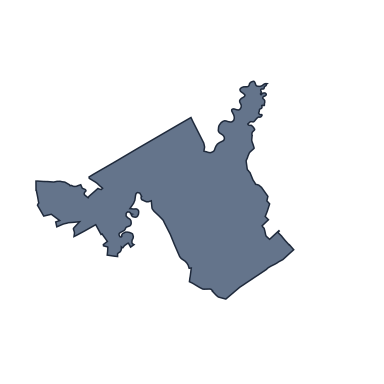 Chichis, Covasna, Romania, rotated 139°
{"feature_id": "2599482B66417374459727", "entity_name": "Chichis", "entity_type": "district", "adm_level": 2, "iso_a3": "ROU", "parent_name": "Romania", "parent_adm1": "Covasna", "projection": "orthographic", "projection_center": [25.8, 45.769], "detail": "fine", "context": "isolated", "style": "filled", "palette": "slate", "viewbox_px": 384, "rotation_deg": 139, "n_neighbors": 0, "source": "geoboundaries", "source_scale": "gbopen_adm2", "svg_char_len": 5999}
<svg xmlns="http://www.w3.org/2000/svg" viewBox="0 0 384 384"><g transform="rotate(139 192 192)"><path d="M317.3,283.4L319.7,271.1L312.8,267.5L310.6,257.3L314.5,258.8L316.9,254.4L310.3,252.3L309.0,251.7L307.0,250.6L305.4,249.9L301.7,247.1L296.3,243.3L304.2,242.5L305.3,242.3L305.8,241.8L306.8,239.5L307.2,238.7L308.0,237.8L310.3,235.8L307.3,235.0L298.4,233.0L286.1,230.5L288.5,219.6L287.4,219.4L288.3,210.2L293.4,210.5L294.1,209.4L291.8,206.0L291.7,205.6L294.8,202.4L297.4,200.0L292.7,194.5L290.5,192.1L288.7,194.2L287.7,194.3L285.6,194.0L284.1,194.4L282.8,195.2L281.4,196.8L281.3,195.7L280.8,195.3L278.2,195.8L275.3,195.6L273.7,195.3L273.7,194.4L274.5,190.7L270.3,190.3L270.7,191.4L270.9,192.3L270.6,193.0L270.2,193.7L268.6,195.1L267.1,195.6L266.2,196.2L265.4,197.0L264.6,198.9L264.4,199.5L264.9,200.9L265.8,202.6L267.1,204.2L268.4,205.3L270.3,205.8L271.6,206.0L272.6,205.9L273.6,205.3L274.2,204.5L274.8,204.5L275.5,205.0L275.7,205.7L275.5,206.6L275.2,207.4L274.8,208.0L274.2,208.4L273.5,208.5L272.1,208.3L268.7,207.5L267.8,207.5L266.8,207.8L265.5,208.4L264.8,208.5L264.0,208.3L261.1,207.2L260.1,207.3L259.1,207.7L258.3,208.4L257.3,209.8L257.0,210.3L256.8,211.0L256.7,212.4L257.4,214.6L257.5,216.7L257.4,217.2L255.8,219.0L255.1,219.2L253.8,219.3L252.4,217.9L252.2,217.1L252.2,216.1L252.6,215.9L251.9,214.8L252.3,215.0L252.5,214.9L253.1,213.8L253.1,213.5L252.9,212.2L251.9,210.8L251.0,209.9L250.0,209.5L248.7,209.6L246.9,210.4L245.2,212.0L244.5,213.3L244.7,214.9L245.2,215.9L247.4,217.6L247.9,218.2L249.8,220.2L243.5,221.8L240.5,223.3L236.7,226.6L235.2,227.5L234.0,227.5L233.4,227.3L232.1,225.4L232.9,221.7L233.7,221.7L234.7,220.3L234.9,219.4L234.8,218.5L234.4,218.1L233.8,216.5L232.8,214.5L231.4,213.3L229.8,212.6L228.5,212.1L232.4,206.6L232.9,205.8L233.1,205.0L233.3,202.4L232.6,195.7L232.3,190.3L232.3,189.7L232.5,188.7L233.0,187.1L236.2,174.2L239.7,164.0L243.7,151.3L243.8,148.8L242.6,144.4L242.5,141.8L242.9,139.3L244.2,136.3L242.4,135.1L248.6,129.6L249.2,129.1L250.0,128.5L252.8,126.0L251.5,123.0L249.0,115.3L247.7,112.0L247.5,111.6L246.6,110.7L242.1,107.0L241.4,105.9L241.3,103.9L241.7,103.9L241.5,98.7L241.2,96.2L240.8,95.1L236.7,89.0L218.4,88.8L186.3,84.7L185.5,84.9L183.9,84.8L181.2,84.3L176.6,83.1L174.1,82.6L172.6,82.5L167.9,81.4L166.3,81.4L159.8,81.6L153.1,81.7L153.1,88.3L153.4,88.3L153.5,94.3L153.4,99.0L153.3,99.8L153.7,105.2L151.8,105.3L151.8,105.8L164.5,105.4L165.0,110.0L164.6,111.2L162.7,114.6L161.4,117.3L161.5,119.4L161.2,120.5L152.5,120.9L152.8,125.5L147.8,128.1L141.2,132.1L141.3,136.2L137.6,138.9L136.5,149.9L137.1,153.4L138.4,155.5L138.9,155.9L138.9,156.2L138.9,156.7L138.6,157.2L138.1,161.0L135.5,168.6L135.6,170.2L135.4,171.1L135.6,172.3L135.2,173.2L131.0,179.6L130.5,180.2L128.0,181.3L126.2,182.4L123.1,183.9L122.0,184.1L116.6,184.2L116.3,184.4L114.9,187.4L113.8,190.3L113.0,191.9L110.1,194.7L109.8,195.0L109.6,195.0L109.2,195.8L108.7,196.6L107.6,197.4L107.1,197.6L104.3,197.8L104.0,197.9L103.6,198.2L103.5,198.4L103.5,199.4L103.3,199.6L103.2,200.5L103.3,201.9L103.4,202.8L103.4,203.0L103.6,203.6L104.6,204.3L105.2,205.0L105.5,206.1L105.3,206.7L104.9,206.8L104.0,206.7L102.5,206.8L101.6,206.6L100.9,206.0L99.9,204.8L99.1,204.5L97.9,204.6L94.9,205.1L93.4,205.1L92.4,204.8L92.0,204.2L91.5,203.8L90.4,203.5L89.1,203.8L88.9,203.9L88.6,204.3L88.6,204.6L88.9,205.0L89.8,205.6L90.0,206.1L90.1,207.1L90.0,207.8L89.5,208.2L89.1,208.3L88.3,208.8L87.2,209.8L86.6,210.0L86.0,210.0L84.8,209.6L84.4,209.6L83.8,209.9L83.3,210.3L82.9,211.2L82.7,211.5L82.1,211.4L81.9,211.2L81.0,210.0L80.7,209.9L80.4,210.0L79.5,211.1L78.3,211.9L77.2,213.2L77.0,214.2L77.2,216.2L77.0,216.6L76.7,216.8L76.1,217.0L75.4,217.1L74.0,216.6L72.7,216.5L72.2,216.7L71.8,217.1L71.7,217.4L71.7,218.0L71.9,218.8L72.5,219.4L74.1,220.4L75.6,220.0L75.9,220.0L76.2,220.4L76.1,220.8L76.0,221.1L74.4,221.8L73.9,222.3L73.6,223.5L73.3,223.8L72.8,224.2L72.4,224.2L71.8,224.0L71.3,223.5L70.3,222.8L69.6,223.0L68.9,223.4L68.6,223.8L67.5,223.9L66.6,223.7L65.8,223.9L65.5,224.1L65.4,224.3L65.0,224.5L64.3,224.5L65.0,225.2L65.5,225.6L66.6,226.1L69.5,226.3L70.8,226.8L72.0,227.6L73.2,228.9L73.7,229.8L73.7,230.5L73.6,231.0L72.8,233.0L72.6,233.9L72.6,234.7L72.7,235.0L73.0,235.3L74.6,236.0L75.8,236.3L76.5,236.2L77.4,236.1L78.0,235.6L79.3,234.9L80.0,234.8L80.4,234.8L81.4,235.3L82.9,236.6L84.2,237.6L86.2,238.3L87.5,238.3L88.3,238.1L88.7,237.7L89.0,237.2L89.3,236.2L89.2,235.3L88.6,232.9L88.5,232.1L88.4,231.0L88.4,230.6L88.5,230.3L89.4,229.8L90.2,229.7L91.1,229.8L92.9,230.2L94.3,230.2L95.8,229.9L96.2,229.6L96.9,228.7L97.8,225.4L98.2,224.9L99.1,223.9L99.8,223.5L101.6,223.0L102.2,223.1L103.0,223.3L104.2,224.6L105.7,227.0L106.4,227.7L107.1,228.0L107.8,228.1L108.3,227.8L108.9,227.0L110.0,222.7L110.4,221.8L111.0,220.8L111.7,219.9L113.0,219.0L113.6,218.7L114.9,218.7L115.9,218.8L117.0,219.5L118.7,221.6L119.6,223.2L120.4,224.1L120.9,224.5L123.0,225.2L123.4,225.1L124.9,225.2L127.4,224.6L128.6,224.1L129.5,223.4L131.7,221.3L132.1,220.7L132.4,219.5L132.4,218.8L132.3,218.0L131.6,215.6L131.4,214.7L131.4,213.6L131.5,212.9L131.8,212.1L132.3,211.3L133.0,210.7L133.6,210.4L134.2,210.2L135.3,210.3L139.0,211.3L141.4,211.5L143.8,210.9L145.5,210.1L147.6,208.9L148.6,208.6L149.8,208.7L152.0,209.4L153.0,210.3L154.0,211.6L154.7,212.9L155.5,213.9L156.2,215.1L153.4,217.3L152.9,217.8L152.0,219.4L151.0,221.3L145.1,244.7L143.9,248.9L158.8,251.8L203.7,260.4L229.3,265.1L254.5,270.0L259.8,270.9L260.6,269.7L258.4,262.9L257.9,260.7L257.6,257.3L257.1,254.3L257.0,253.5L258.9,253.4L260.0,255.0L260.6,256.4L272.7,256.3L274.2,255.8L274.9,259.9L274.9,260.6L274.6,261.3L273.9,261.9L273.2,262.2L271.3,262.4L271.0,263.0L270.9,263.6L271.1,264.3L272.1,266.3L272.3,267.0L271.2,270.5L273.6,271.5L275.7,272.2L277.4,273.6L277.9,274.3L278.2,274.9L278.6,276.0L279.9,276.8L279.7,277.6L279.9,278.4L281.4,282.7L281.8,283.3L283.2,284.8L284.4,286.5L286.9,288.6L289.8,290.2L293.9,294.4L297.1,297.3L301.5,301.7L302.6,302.6L308.6,295.6L308.4,295.4L311.7,289.6L314.4,285.1L314.8,284.2L316.0,284.0L317.3,283.4Z" fill="#64748b" stroke="#1e293b" stroke-width="1.5"/></g></svg>